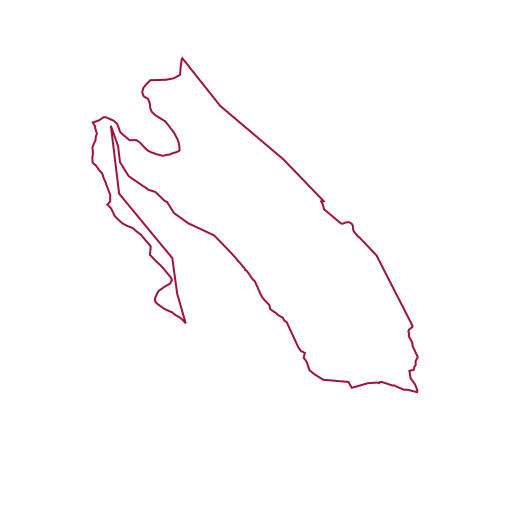 San Lorenzo Cuaunecuiltitla, Puebla, Mexico (Equal Earth projection), rotated 311°
{"feature_id": "50627088B78498506424092", "entity_name": "San Lorenzo Cuaunecuiltitla", "entity_type": "district", "adm_level": 2, "iso_a3": "MEX", "parent_name": "Mexico", "parent_adm1": "Puebla", "projection": "equal_earth", "projection_center": [-96.92, 18.216], "detail": "fine", "context": "isolated", "style": "outline", "palette": "rose", "viewbox_px": 512, "rotation_deg": 311, "n_neighbors": 0, "source": "geoboundaries", "source_scale": "gbopen_adm2", "svg_char_len": 3661}
<svg xmlns="http://www.w3.org/2000/svg" viewBox="0 0 512 512"><g transform="rotate(311 256 256)"><path d="M258.9,466.8L259.1,466.7L260.3,466.1L263.0,461.1L263.4,460.5L265.2,452.7L265.4,452.5L270.0,447.1L273.5,449.7L276.0,448.3L278.5,448.1L279.5,447.1L280.7,446.0L281.1,445.5L285.1,444.6L285.8,444.4L289.3,436.5L290.9,433.0L293.0,431.1L294.0,428.4L294.8,426.3L295.7,424.0L298.0,422.3L298.9,420.6L300.6,419.8L305.2,420.6L306.2,419.4L335.6,346.3L337.0,331.0L337.9,321.0L337.8,320.6L337.7,319.5L338.5,315.1L338.9,313.3L339.4,312.4L340.1,311.6L342.3,309.2L342.7,308.5L343.0,307.8L343.0,306.8L342.8,305.2L342.6,304.3L342.1,303.5L340.3,301.8L340.1,301.6L339.3,301.3L337.9,300.6L337.3,300.2L337.0,300.0L336.6,299.4L336.4,298.7L336.3,297.4L335.9,276.7L336.0,276.7L336.2,276.4L336.5,275.8L336.9,275.5L337.2,274.8L337.8,274.1L338.5,272.9L339.1,271.7L339.3,271.2L339.5,270.8L339.9,269.3L340.1,269.2L340.3,269.3L340.5,269.5L340.8,270.1L340.9,270.3L340.9,270.6L341.0,270.8L341.5,270.8L341.8,271.0L342.7,260.6L343.3,254.0L344.0,246.4L346.9,213.1L346.8,205.0L345.8,130.4L346.3,127.9L354.8,82.1L355.0,81.5L356.9,70.7L355.4,71.1L349.0,75.3L342.9,79.8L336.2,77.4L329.8,72.3L325.1,67.2L319.3,60.9L313.8,60.5L308.9,60.7L304.9,62.7L302.8,66.5L303.8,71.4L301.1,76.4L298.6,78.7L296.5,82.4L296.2,87.4L297.3,94.5L298.0,98.8L297.3,103.9L296.6,106.8L295.3,113.1L292.7,120.0L290.8,123.4L288.2,126.5L285.5,129.1L282.7,128.1L278.4,125.4L276.1,124.5L274.1,122.5L271.6,120.9L270.3,119.6L268.6,116.2L267.5,114.1L266.6,111.5L265.4,108.7L264.7,105.9L264.6,102.3L265.0,98.4L265.5,94.1L265.0,89.7L260.4,84.6L260.4,81.8L260.3,76.5L260.4,72.1L262.6,68.4L264.7,64.2L264.7,59.9L263.5,55.7L262.3,51.9L260.8,50.0L255.3,48.5L249.7,45.2L249.1,47.0L248.4,49.2L246.2,52.0L243.8,55.8L240.7,56.9L238.2,58.9L234.9,59.8L230.7,61.3L226.3,65.8L223.0,67.8L219.3,71.4L219.2,76.4L217.8,81.7L217.5,85.3L216.5,87.3L214.8,90.0L213.3,93.4L211.0,97.4L209.1,101.0L206.4,106.0L201.4,110.2L197.3,110.1L196.9,115.3L193.5,123.2L193.1,127.4L193.0,133.7L194.2,139.0L196.2,144.3L196.2,149.5L196.5,155.3L195.2,163.8L194.3,170.1L192.3,171.6L187.3,175.2L186.4,185.2L186.3,190.5L185.5,196.3L184.0,205.3L182.8,208.3L179.0,209.3L176.5,208.5L173.6,207.4L171.0,206.6L170.1,206.6L165.8,205.4L162.6,206.1L158.0,207.5L156.0,209.0L155.1,211.9L155.6,218.2L156.1,221.9L157.0,225.3L158.4,229.4L158.6,234.2L159.5,237.9L159.7,242.3L159.1,247.1L175.8,221.3L199.5,194.2L213.2,111.9L259.1,61.0L248.4,79.9L237.7,91.6L232.7,107.5L235.5,131.6L238.3,138.1L237.7,150.9L238.4,153.6L234.6,165.8L236.2,183.2L244.1,210.9L243.8,214.5L242.5,229.7L242.0,235.3L241.6,238.5L241.5,239.5L241.0,243.1L240.9,243.6L240.3,247.1L240.3,248.6L240.1,249.3L239.5,252.3L239.4,253.6L239.4,254.3L239.0,256.0L238.3,257.1L238.6,257.9L238.6,259.1L238.5,259.8L238.0,262.1L237.4,264.3L237.2,264.9L236.9,265.8L236.1,269.3L236.3,271.1L235.7,272.7L233.7,277.1L232.7,279.3L232.0,280.7L231.8,281.1L231.7,281.3L231.3,282.2L230.6,283.4L230.1,284.9L229.4,286.5L229.1,287.1L228.3,291.2L228.3,291.8L228.1,294.0L227.8,298.0L225.3,301.7L225.4,303.6L225.7,306.1L226.1,308.3L225.9,310.9L225.9,311.2L227.0,316.8L226.5,318.1L225.8,319.9L226.3,322.2L226.0,323.0L224.4,326.5L221.8,332.4L219.4,337.7L216.1,345.0L214.6,348.5L213.8,352.1L214.9,356.5L212.8,357.5L210.4,358.7L210.0,361.2L209.3,363.7L206.0,369.4L204.8,371.5L205.1,377.2L205.1,378.1L205.6,380.9L206.8,388.1L209.9,392.3L216.8,401.8L221.6,408.4L221.0,409.9L219.4,414.8L231.4,422.6L233.5,424.0L240.0,430.5L240.9,432.4L241.6,432.3L242.2,432.3L243.5,433.8L245.8,439.1L247.8,444.1L249.0,445.1L249.3,446.7L249.7,447.9L251.3,452.9L252.2,455.6L253.9,457.3L255.8,460.7L255.9,461.0L258.9,466.8Z" fill="none" stroke="#9f1239" stroke-width="2"/></g></svg>